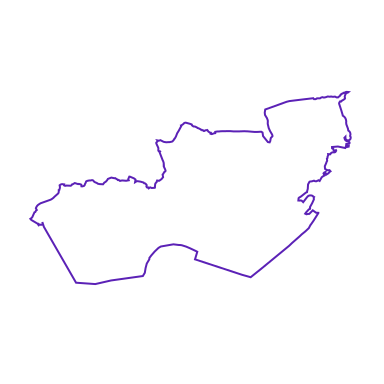 outline of Emiliano Zapata, Morelos, Mexico, rotated 86°
{"feature_id": "50627088B27811309734351", "entity_name": "Emiliano Zapata", "entity_type": "district", "adm_level": 2, "iso_a3": "MEX", "parent_name": "Mexico", "parent_adm1": "Morelos", "projection": "albers", "projection_center": [-99.198, 18.809], "detail": "fine", "context": "isolated", "style": "outline", "palette": "violet", "viewbox_px": 384, "rotation_deg": 86, "n_neighbors": 0, "source": "geoboundaries", "source_scale": "gbopen_adm2", "svg_char_len": 5856}
<svg xmlns="http://www.w3.org/2000/svg" viewBox="0 0 384 384"><g transform="rotate(86 192 192)"><path d="M106.9,64.5L107.4,75.1L108.1,88.5L108.6,91.3L114.8,113.2L117.9,113.9L120.2,113.8L122.0,112.9L123.5,112.1L125.5,111.5L126.3,111.4L129.3,111.7L133.6,111.0L136.6,109.9L140.2,108.1L141.4,107.8L142.1,107.9L143.3,109.3L143.7,109.6L144.6,109.9L146.7,110.4L147.9,111.1L147.5,112.8L141.2,117.2L137.6,117.5L136.7,118.7L136.6,123.4L136.4,125.7L135.4,132.1L135.0,135.7L134.8,141.6L134.4,146.6L133.9,149.9L133.4,159.1L133.5,161.0L133.4,162.8L133.6,164.6L134.3,164.6L134.9,164.7L135.0,166.1L135.6,168.0L135.6,168.5L135.2,169.4L134.2,169.1L134.0,169.9L133.9,170.2L133.2,171.0L132.8,171.5L131.4,172.3L131.2,172.5L131.4,173.1L131.3,173.7L131.5,174.2L131.5,174.6L132.0,175.6L132.0,175.9L131.3,176.5L131.2,177.4L130.9,177.5L130.7,177.8L130.6,178.6L130.1,179.0L128.8,181.2L128.6,182.0L128.1,182.4L127.6,183.2L126.9,184.5L126.7,186.0L125.7,187.2L125.3,187.5L124.7,187.5L124.3,188.2L123.7,189.7L122.4,193.4L122.5,194.5L122.7,195.0L123.6,195.9L124.7,197.8L125.0,197.9L125.0,198.3L125.4,198.2L126.1,198.5L127.5,199.4L129.9,200.9L132.4,202.7L135.4,204.1L137.0,205.1L137.7,205.9L138.0,205.9L138.9,206.7L140.2,208.0L140.4,208.8L140.7,211.1L140.6,212.1L140.6,214.2L140.2,216.0L139.9,216.9L138.1,219.9L138.5,221.4L138.2,222.6L138.1,223.0L138.8,222.6L140.2,224.1L140.6,224.3L142.0,223.9L145.4,222.6L146.1,222.5L148.2,222.7L148.9,222.4L149.1,221.2L150.0,220.3L149.1,221.4L149.0,221.9L158.4,219.0L159.3,218.6L161.1,218.2L162.7,218.2L162.6,218.3L164.5,218.4L167.6,217.2L169.0,216.9L169.6,217.2L170.1,218.2L170.6,218.6L171.9,219.4L172.5,220.1L175.2,219.8L177.0,221.5L178.5,223.9L178.5,224.5L178.3,224.9L178.1,226.0L178.6,226.2L178.9,226.4L179.2,226.5L179.5,226.5L180.9,227.9L181.7,228.2L184.1,228.6L185.1,228.7L185.2,228.9L185.2,231.9L184.5,233.3L184.6,233.7L185.4,235.0L184.9,235.4L184.4,235.4L184.2,236.7L183.3,237.1L182.0,236.7L180.9,237.4L180.1,238.3L179.9,239.2L179.2,239.6L178.1,242.6L177.5,245.1L177.3,246.8L177.9,247.3L178.3,248.1L175.6,247.5L174.3,249.0L172.3,253.0L172.3,253.5L174.7,254.7L175.9,254.3L176.2,257.0L175.8,259.5L175.6,261.0L175.9,262.9L175.7,263.0L175.7,263.3L175.4,263.7L175.2,263.8L175.0,264.2L174.9,264.6L174.9,265.1L174.4,265.3L174.1,266.0L172.8,267.7L172.9,268.3L172.0,271.5L173.1,275.0L174.4,275.9L175.8,277.4L176.5,278.8L178.1,280.2L177.7,283.5L177.2,285.3L176.3,286.4L175.6,287.9L174.9,288.9L173.7,289.7L173.3,290.4L173.2,291.0L173.4,292.4L173.3,293.6L173.6,295.8L174.1,296.9L175.7,297.6L176.7,298.3L177.5,298.5L178.3,299.2L178.7,300.6L178.6,301.9L177.0,301.9L176.6,302.6L176.0,304.4L176.2,305.0L174.9,308.3L175.9,310.3L176.1,311.2L176.7,311.6L177.3,312.5L176.8,316.7L177.0,317.4L176.9,318.4L176.5,319.1L175.5,318.9L175.1,321.0L175.2,321.9L175.5,322.7L176.1,323.6L177.7,323.4L178.7,323.5L180.7,324.2L180.8,324.8L182.4,324.9L183.2,325.1L184.0,325.5L184.5,326.1L187.2,329.6L188.2,330.7L189.2,332.3L189.8,333.5L192.7,343.9L193.8,345.9L194.4,346.8L195.2,347.6L196.2,348.3L197.3,348.9L199.1,348.1L199.6,348.9L201.0,349.7L201.3,350.6L201.7,350.8L206.0,353.1L206.9,354.1L207.5,355.1L208.7,354.2L212.8,348.3L212.9,347.8L213.7,347.8L214.5,347.2L213.7,346.4L214.2,345.1L214.1,343.1L211.5,343.4L216.4,342.2L274.4,314.0L277.1,294.9L274.6,278.9L272.4,246.9L269.3,244.7L264.6,243.6L260.2,242.1L256.2,239.3L254.8,239.1L252.4,237.0L248.8,233.4L245.4,229.3L244.2,226.9L242.9,214.2L243.9,209.1L244.0,207.8L244.4,205.9L246.1,201.6L248.0,197.9L251.3,192.0L252.0,190.9L259.4,193.7L278.1,147.8L281.1,139.4L272.7,127.3L252.4,98.8L249.8,95.7L243.8,87.8L241.9,85.5L239.3,81.8L236.2,78.0L233.0,76.0L232.9,75.8L229.3,72.9L221.8,67.4L221.6,67.4L221.3,69.7L218.7,72.8L222.0,76.5L222.0,78.0L222.2,79.4L221.5,80.6L220.4,79.7L217.6,76.8L217.3,76.3L217.1,75.5L217.0,75.4L216.2,75.3L215.6,75.4L215.2,75.3L211.5,72.9L208.0,71.0L207.7,70.9L206.1,71.0L205.8,70.9L205.5,70.6L204.1,72.3L203.8,73.0L203.6,74.6L203.9,76.0L204.4,76.8L205.5,77.9L209.9,81.8L208.5,83.0L208.2,83.5L208.0,84.1L208.1,85.0L207.9,86.5L205.6,86.1L204.9,85.3L204.6,84.5L203.9,83.3L200.8,78.8L200.5,78.3L200.2,77.3L198.6,76.9L197.0,76.3L192.5,75.7L190.0,74.1L189.8,73.6L189.7,71.6L189.2,69.5L189.6,69.0L189.9,68.0L190.0,67.4L189.4,65.6L189.1,65.1L189.9,63.9L186.4,61.6L186.1,61.2L185.3,59.9L184.8,58.7L182.6,59.5L181.8,58.7L181.3,57.4L181.9,57.6L182.2,57.6L184.0,56.8L182.9,54.7L181.4,53.1L181.0,52.4L179.8,53.3L179.8,55.1L179.1,56.5L178.3,57.6L177.5,57.7L175.5,57.7L172.3,56.0L171.8,55.9L170.3,55.0L168.1,55.1L167.4,54.4L166.5,54.4L165.5,54.0L164.9,53.5L163.7,53.6L164.0,51.4L163.2,51.0L162.5,49.9L162.3,49.3L162.2,48.9L162.4,47.5L162.3,46.7L162.1,46.2L160.9,45.3L160.3,45.5L160.6,46.3L160.6,46.7L160.3,47.7L159.8,48.0L158.7,48.1L158.2,49.2L156.9,49.2L156.8,43.3L158.8,36.1L158.1,35.7L158.0,34.3L157.7,33.6L157.7,32.6L156.8,32.4L156.7,35.1L154.8,34.7L154.6,31.7L154.4,31.5L154.0,31.4L153.5,31.4L152.6,32.1L152.0,34.2L151.2,35.2L150.3,35.8L148.6,36.2L147.6,35.1L149.2,35.2L149.9,35.0L150.5,34.6L151.1,33.9L151.3,33.5L151.4,32.3L151.3,31.7L150.9,31.0L150.4,30.4L149.1,29.9L148.4,29.9L147.9,30.0L147.2,30.4L145.5,29.9L144.3,30.0L143.6,30.2L142.8,30.6L142.4,30.9L141.6,31.8L139.7,32.0L135.3,33.3L133.7,33.4L132.1,33.2L130.5,33.4L129.2,33.8L128.5,34.2L127.6,34.8L126.3,36.3L125.8,36.3L120.9,37.4L114.1,39.1L113.2,38.9L112.6,38.5L112.0,38.0L112.2,37.3L112.2,37.0L111.9,36.6L111.5,36.5L110.6,34.5L109.7,33.1L109.1,32.8L107.9,33.0L107.4,33.0L105.2,32.1L104.1,31.2L103.7,29.6L103.2,28.9L102.9,30.7L103.0,31.6L103.6,33.1L103.6,33.8L103.9,33.9L103.9,34.3L104.3,34.8L104.3,35.2L104.5,35.8L105.0,36.2L105.0,36.6L105.3,36.8L105.4,37.1L106.2,37.5L106.8,38.2L107.4,39.3L107.8,39.7L107.7,41.2L106.8,42.7L106.9,44.6L106.6,46.2L106.4,46.6L106.6,47.7L106.2,49.9L106.8,52.1L107.0,53.8L106.5,55.3L106.8,56.6L107.5,57.8L107.3,60.8L107.7,61.3L108.0,62.5L107.9,63.8L107.5,64.2L106.9,64.5Z" fill="none" stroke="#5b21b6" stroke-width="2"/></g></svg>